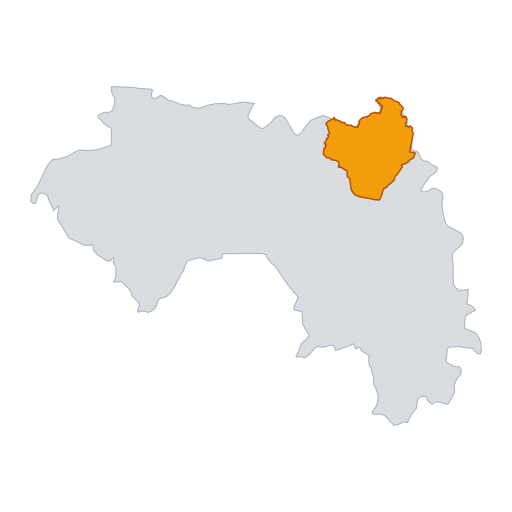 Siguiri, Siguiri, Guinea (highlighted)
{"feature_id": "49546643B83328532988272", "entity_name": "Siguiri", "entity_type": "district", "adm_level": 2, "iso_a3": "GIN", "parent_name": "Guinea", "parent_adm1": "Siguiri", "projection": "mercator", "projection_center": [-9.454, 11.68], "detail": "fine", "context": "in_parent", "style": "filled", "palette": "amber", "viewbox_px": 512, "rotation_deg": 0, "n_neighbors": 0, "source": "geoboundaries", "source_scale": "gbopen_adm2", "svg_char_len": 9588}
<svg xmlns="http://www.w3.org/2000/svg" viewBox="0 0 512 512"><path d="M322.2,347.1L317.5,346.5L315.4,347.4L309.2,354.7L305.4,357.6L299.6,356.7L297.5,357.2L296.0,356.4L298.1,352.3L301.1,344.3L308.8,336.3L308.9,334.6L305.8,329.9L302.5,323.5L302.5,316.6L301.9,311.6L295.1,310.2L293.9,309.4L293.7,307.7L297.5,299.1L297.8,297.4L297.3,295.8L293.1,291.4L286.7,283.3L275.5,266.5L271.3,263.0L267.3,257.9L265.8,254.7L261.7,253.5L222.7,253.7L222.0,258.1L208.6,261.0L200.3,257.6L191.1,259.6L186.6,261.8L183.1,271.6L181.2,273.7L179.2,278.1L177.4,280.5L175.4,285.3L171.0,292.1L166.4,296.6L158.6,299.0L156.2,306.2L154.4,308.9L151.4,311.0L148.2,312.3L141.8,310.9L138.2,312.2L137.6,310.4L139.6,304.7L138.0,301.7L131.9,295.8L131.3,292.9L129.4,289.2L121.4,281.6L113.9,282.1L115.9,275.7L115.9,267.2L113.3,262.5L113.9,257.8L112.6,258.1L110.0,261.3L106.0,260.3L97.8,255.2L93.6,250.3L93.2,246.1L92.2,244.5L89.7,245.4L84.6,245.3L68.9,237.9L57.7,219.1L57.5,214.9L59.1,207.6L58.7,205.6L53.6,210.5L52.6,207.2L48.7,199.7L47.5,195.4L43.8,193.4L40.8,193.1L38.4,194.5L35.4,203.4L33.1,203.3L30.7,201.4L31.2,194.8L37.2,186.6L47.3,165.8L51.0,161.1L53.2,159.4L58.0,159.2L67.3,156.4L78.7,150.0L87.5,150.5L97.8,149.7L111.3,145.2L111.5,131.2L111.0,128.1L106.2,125.3L103.4,122.9L101.0,119.8L98.1,117.6L98.2,115.3L104.2,112.3L109.7,112.3L111.5,111.2L112.8,109.2L114.4,104.1L114.9,98.8L111.3,91.6L111.5,86.6L131.3,87.3L142.2,88.7L151.1,89.1L152.5,90.2L151.2,95.2L152.4,98.1L155.4,98.8L160.4,95.4L163.0,96.2L168.5,100.5L173.7,101.6L179.3,103.9L184.6,105.2L189.3,105.1L192.9,107.5L199.5,108.2L208.0,105.2L214.7,103.8L224.1,103.5L229.0,104.5L243.3,102.1L254.6,103.4L252.8,105.1L247.7,116.3L248.3,118.3L259.7,127.8L262.5,128.5L265.6,127.2L270.5,122.8L274.4,118.0L278.1,115.8L282.5,115.9L286.0,119.2L294.1,133.3L296.2,135.1L298.1,135.0L301.7,132.4L303.5,129.3L311.0,120.1L322.7,115.4L350.5,126.1L354.6,126.9L357.0,126.1L360.4,119.8L370.9,114.4L375.9,112.9L378.8,112.8L379.9,111.0L380.4,108.5L379.8,105.8L376.6,101.1L376.5,99.7L378.3,98.7L382.3,98.1L387.5,98.5L393.3,100.6L398.0,103.6L400.7,107.1L405.9,121.9L411.8,133.6L411.5,149.1L414.1,150.7L417.0,151.4L418.3,152.6L421.1,159.0L423.8,160.9L427.0,161.3L433.0,165.4L436.9,167.0L437.4,168.3L437.3,170.0L435.8,172.1L430.0,176.4L427.1,180.1L421.2,188.9L421.0,190.5L422.3,191.7L424.7,191.9L427.3,191.3L432.8,188.1L437.1,189.2L441.2,191.7L442.7,194.2L443.1,197.6L442.1,201.9L442.0,206.7L443.4,214.9L445.5,223.1L447.6,226.1L461.3,233.3L462.7,236.0L463.4,239.0L462.4,243.2L461.0,245.5L453.4,251.9L452.3,255.0L452.9,260.6L453.4,284.6L456.4,288.6L459.9,290.6L468.1,289.5L467.9,296.2L466.8,303.6L471.6,305.9L474.0,308.2L475.4,310.3L467.8,314.2L465.6,316.5L464.5,322.7L464.8,328.5L475.0,332.6L478.9,337.4L480.7,342.3L481.3,351.7L480.4,353.9L477.7,353.9L472.6,348.2L464.7,347.6L458.8,346.5L449.0,347.2L447.3,348.9L446.1,361.4L448.5,363.5L453.2,365.9L456.3,366.9L458.8,366.6L460.8,368.1L461.2,372.2L459.9,375.3L457.3,378.0L454.0,385.3L454.7,391.9L449.2,402.4L447.6,404.4L440.3,402.4L435.5,401.7L432.1,404.3L427.3,400.2L426.4,397.0L424.7,396.3L421.5,396.3L418.5,398.1L417.2,401.4L416.5,408.2L411.2,414.6L407.4,422.6L403.0,421.8L402.1,422.8L397.5,424.9L393.5,425.4L392.4,423.3L390.1,421.6L387.5,418.2L384.6,415.5L378.9,413.6L376.7,414.4L374.1,414.2L372.3,413.1L372.5,411.5L375.5,407.3L377.2,403.5L378.1,399.3L378.1,395.4L376.5,389.8L374.0,385.3L373.4,382.7L373.7,379.1L373.1,375.7L372.3,373.9L371.1,367.4L369.6,366.2L368.7,361.0L369.0,355.7L366.8,353.7L363.4,352.2L361.3,350.2L360.1,347.8L358.8,347.2L357.8,347.3L356.8,348.7L355.7,349.0L353.7,344.1L352.9,343.9L351.5,345.0L335.6,350.5L333.6,345.8L330.5,345.0L325.3,346.9L322.2,347.1Z" fill="#d9dde1" stroke="#a8b0b8" stroke-width="1"/><path d="M339.1,165.5L339.3,166.1L339.3,166.4L338.9,166.3L338.6,166.1L338.6,166.4L338.5,166.7L338.5,167.0L339.3,167.1L339.6,167.2L339.8,167.3L340.2,167.4L340.5,167.4L340.8,167.1L341.2,167.3L341.9,167.7L342.1,167.9L342.3,167.8L342.4,168.0L342.9,168.4L343.9,169.0L344.7,169.5L345.3,170.0L345.8,170.3L346.4,170.4L346.9,171.3L347.1,171.9L347.3,173.0L347.3,173.7L347.3,174.2L347.2,174.8L347.3,175.4L347.3,176.0L347.3,176.5L347.8,177.2L348.2,177.6L348.9,177.9L349.2,178.0L349.5,178.2L349.7,178.6L349.8,179.7L350.5,183.9L350.5,184.2L350.5,184.7L350.6,185.2L350.6,185.7L350.7,186.3L350.7,186.8L350.8,187.5L351.0,188.0L351.4,189.6L351.5,189.9L351.5,190.3L352.0,190.9L352.0,191.0L352.3,191.4L352.4,191.6L352.8,192.0L353.1,192.6L353.4,193.0L353.6,193.2L354.1,194.0L354.5,194.3L354.7,194.6L355.0,194.8L355.2,195.0L355.6,195.1L356.1,195.2L356.5,195.4L357.3,195.8L357.8,195.9L358.0,196.1L358.6,196.2L358.7,196.3L358.9,196.4L360.0,196.8L361.3,197.1L361.7,197.2L362.2,197.3L362.5,197.3L364.4,197.6L364.9,197.7L365.6,197.8L366.3,198.0L366.5,198.1L366.9,198.0L367.3,197.8L367.7,198.1L367.8,198.3L368.5,198.4L369.1,198.4L369.7,198.5L370.0,198.6L370.5,198.7L370.8,198.7L371.7,198.9L372.9,199.3L373.2,199.4L373.8,199.5L375.2,199.7L375.4,199.6L376.6,199.7L377.0,199.8L377.7,200.0L379.9,199.6L380.5,197.5L381.5,195.6L382.1,193.7L382.4,192.3L383.1,189.7L383.9,188.7L384.7,188.0L385.6,187.7L386.9,187.2L386.8,186.9L386.8,186.7L387.1,186.2L387.4,185.9L387.7,185.6L388.0,185.3L388.8,184.8L389.2,184.4L390.3,183.6L391.4,182.7L391.8,182.4L392.8,181.3L393.4,180.9L394.2,179.8L394.5,179.0L394.5,177.9L395.3,176.4L396.0,175.3L397.0,174.7L397.9,173.5L398.9,171.9L399.9,170.5L401.4,168.1L402.0,167.3L402.3,166.8L402.3,166.3L401.3,165.0L402.6,164.6L404.9,163.6L405.4,163.4L406.8,162.9L407.9,162.2L408.5,161.7L408.7,161.1L409.5,160.4L409.8,160.2L410.1,159.9L411.0,159.2L411.6,159.0L412.0,158.9L412.8,158.5L413.5,157.7L414.2,156.5L414.1,156.0L414.2,155.5L414.4,155.0L414.6,154.5L414.8,154.1L415.0,153.6L415.2,153.2L414.5,152.6L414.1,152.5L413.8,152.4L413.4,152.3L413.1,152.5L413.0,152.8L412.6,152.7L412.1,152.3L411.5,152.1L409.6,151.9L411.5,143.1L413.2,133.5L413.0,132.8L412.8,132.7L412.8,132.1L412.0,131.1L411.9,130.4L412.4,129.1L412.6,128.4L412.1,127.8L411.0,126.8L410.9,126.3L410.7,126.2L410.3,126.5L410.1,126.4L409.8,126.1L409.5,126.1L409.1,126.4L408.7,127.1L408.5,127.3L408.3,127.2L407.8,126.6L407.0,126.2L406.3,126.3L406.4,126.2L406.0,126.2L405.8,125.3L405.6,125.0L405.8,124.6L405.9,122.8L406.2,122.8L406.3,122.7L406.6,122.4L406.7,121.9L406.7,120.6L407.0,119.6L407.0,119.2L406.5,118.8L406.4,118.6L406.6,118.2L406.2,117.9L405.9,117.1L405.4,117.2L405.3,116.8L405.4,116.5L405.3,116.3L404.9,116.5L404.5,116.3L404.4,116.5L404.4,117.0L404.0,117.1L403.5,116.9L403.4,116.9L403.2,117.1L402.8,116.9L402.3,117.3L402.0,116.7L402.1,116.4L401.9,116.1L402.0,115.5L401.1,114.9L401.0,113.0L401.4,111.2L401.8,110.6L402.6,109.9L403.1,109.3L403.2,108.7L403.1,108.0L402.6,106.9L401.4,105.8L401.1,105.6L400.5,105.0L400.1,104.7L399.9,104.4L399.1,102.9L398.6,102.3L397.9,101.9L395.4,101.3L394.9,100.9L394.3,100.6L394.1,100.3L393.8,100.0L393.4,100.0L393.0,99.8L392.3,99.4L391.7,98.7L391.2,98.4L390.8,98.3L389.6,98.3L389.2,98.2L388.4,98.3L387.8,98.1L386.9,97.7L386.3,97.7L385.7,97.5L385.4,97.3L385.2,97.3L383.9,97.7L383.5,98.4L383.3,98.6L383.0,98.6L382.7,98.4L381.5,97.5L381.1,97.4L381.0,97.9L380.8,98.5L380.5,98.8L380.1,98.9L379.9,98.6L379.9,97.9L379.6,97.8L379.3,98.0L378.5,97.7L378.4,98.0L378.2,98.9L378.1,99.1L377.1,99.2L376.7,99.6L376.1,99.7L375.9,99.9L375.8,100.3L376.0,100.9L376.2,101.0L376.7,100.6L377.0,100.6L377.6,102.1L378.0,102.6L378.6,102.4L378.8,102.4L378.9,102.6L378.9,102.9L378.8,103.4L379.4,103.5L379.8,103.8L380.0,104.2L380.1,104.8L380.2,105.1L380.6,105.5L380.8,105.6L381.4,105.7L381.6,105.6L382.3,106.1L382.5,106.3L382.5,106.5L382.4,106.7L382.0,106.8L381.9,106.9L381.9,107.2L382.1,107.7L382.1,108.0L381.8,108.5L381.5,108.8L381.3,108.6L381.1,108.7L380.9,108.9L380.9,109.3L381.2,111.4L381.1,111.7L380.5,112.3L379.8,112.3L379.6,113.0L379.8,113.2L379.8,113.5L379.0,113.3L378.7,113.3L378.3,113.4L377.0,113.0L376.7,112.8L376.1,113.1L375.9,113.1L375.5,112.5L375.3,112.4L374.7,112.6L373.7,113.0L372.4,113.1L371.7,113.4L371.4,113.4L370.8,113.6L370.7,113.8L370.1,114.8L369.8,115.2L368.3,116.0L367.6,116.7L367.2,116.6L366.8,116.9L365.8,116.8L365.3,117.0L364.9,117.0L364.7,117.2L363.9,117.3L363.7,117.5L363.2,117.5L362.8,117.7L362.4,117.8L362.1,117.9L361.7,118.3L361.6,118.6L360.1,119.9L359.2,121.0L359.0,121.5L359.1,122.5L359.3,123.8L359.1,124.6L358.8,124.8L358.3,124.9L358.1,125.1L358.0,125.5L358.0,126.5L357.9,127.2L355.8,127.1L353.8,126.7L353.6,126.7L352.3,126.2L351.1,125.2L350.8,125.1L350.2,125.4L347.9,125.0L347.1,125.3L346.9,125.1L346.7,125.2L346.3,124.9L345.1,123.6L344.8,122.6L344.4,122.4L343.4,122.7L343.1,122.6L342.4,122.1L342.1,122.1L341.3,122.6L340.7,121.9L340.6,121.6L340.1,121.3L339.8,120.9L339.4,120.7L338.0,120.7L337.7,120.5L337.1,119.9L336.8,119.8L336.3,119.9L336.1,119.5L335.9,119.4L335.7,119.5L335.6,120.1L335.4,120.0L335.1,119.6L334.8,119.5L334.7,119.2L334.5,118.0L334.4,117.7L334.2,117.6L332.7,119.2L330.8,120.0L329.4,120.7L327.8,121.6L326.6,122.7L326.0,124.0L326.7,125.3L327.9,126.9L327.7,127.7L328.2,129.4L328.8,131.5L329.3,132.4L329.8,133.0L329.2,133.7L327.7,134.5L328.3,136.0L328.4,136.9L327.4,138.0L326.6,138.6L326.6,139.4L326.6,140.1L325.1,141.9L324.5,142.8L324.5,143.8L325.8,143.8L326.1,144.3L325.9,145.0L325.3,145.7L325.7,146.5L325.6,147.2L324.9,147.8L324.6,147.8L324.0,148.2L323.8,148.6L323.9,149.2L323.8,149.9L323.6,150.4L323.7,151.2L323.6,152.5L323.3,153.3L323.3,154.1L323.3,154.4L323.5,154.6L324.4,155.2L324.9,155.5L325.3,156.0L326.0,157.4L326.5,157.6L327.7,157.8L329.0,157.8L330.6,158.6L331.0,159.4L331.6,159.9L332.1,159.9L332.8,159.8L333.4,160.0L334.3,160.3L334.7,160.3L336.1,160.5L336.6,161.0L337.6,161.3L338.2,161.9L338.9,162.3L338.8,162.9L338.9,163.9L339.1,165.5Z" fill="#f59e0b" stroke="#b45309" stroke-width="1.5"/></svg>